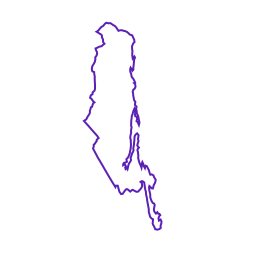 the district of Pereiro, Ceará, Brazil, rotated 157°
{"feature_id": "56859067B91951867659081", "entity_name": "Pereiro", "entity_type": "district", "adm_level": 2, "iso_a3": "BRA", "parent_name": "Brazil", "parent_adm1": "Ceará", "projection": "natural_earth1", "projection_center": [-38.498, -6.006], "detail": "fine", "context": "isolated", "style": "outline", "palette": "violet", "viewbox_px": 256, "rotation_deg": 157, "n_neighbors": 0, "source": "geoboundaries", "source_scale": "gbopen_adm2", "svg_char_len": 4083}
<svg xmlns="http://www.w3.org/2000/svg" viewBox="0 0 256 256"><g transform="rotate(157 128 128)"><path d="M162.7,78.5L161.6,79.6L160.0,78.9L160.8,72.7L160.2,69.9L158.6,69.5L156.4,70.9L154.1,72.2L152.9,72.2L151.9,71.0L151.4,69.8L150.8,68.6L149.1,69.2L147.9,69.3L145.2,66.0L143.5,65.5L142.2,66.1L140.9,66.7L139.0,67.7L137.7,69.0L136.7,72.1L137.5,73.5L136.4,73.8L135.2,73.1L134.4,71.7L134.7,70.3L135.7,66.6L136.2,64.5L136.4,62.5L137.4,59.4L138.1,55.4L138.7,53.7L139.0,52.3L140.6,45.1L141.7,42.6L141.9,40.6L142.3,37.4L141.7,35.5L140.6,34.2L142.6,30.5L142.7,29.1L142.4,26.9L142.5,24.2L140.5,22.9L138.5,22.7L136.8,23.3L136.4,25.0L135.6,26.0L134.5,27.3L133.7,28.9L133.8,31.0L135.7,30.7L135.2,33.0L133.7,34.7L132.4,35.1L132.6,36.7L133.7,37.3L133.9,39.0L135.7,38.3L136.2,39.8L136.4,41.2L136.0,43.0L134.7,44.9L133.5,46.8L133.5,48.3L134.5,49.3L134.8,51.2L134.8,53.5L134.6,55.5L134.0,57.0L133.4,58.5L132.8,62.0L132.3,63.7L131.9,65.0L131.0,66.2L130.4,65.0L129.9,63.3L128.8,62.6L127.6,64.0L126.7,65.3L125.7,66.1L124.7,66.8L123.5,68.3L122.7,69.6L123.0,71.3L123.2,73.0L123.1,74.5L124.4,76.1L125.7,76.3L125.7,78.0L125.4,80.0L125.3,81.7L125.5,83.7L125.5,85.3L126.5,86.4L127.4,85.5L128.1,84.5L128.3,86.5L128.1,87.9L128.0,89.4L128.1,91.0L129.3,89.7L129.8,88.2L131.1,86.2L131.0,87.8L131.0,89.6L131.1,91.3L130.8,93.7L130.4,96.3L129.3,98.5L128.7,100.4L128.2,102.1L128.0,104.0L126.9,105.1L125.6,105.7L126.2,107.1L126.2,108.5L125.0,110.1L123.5,111.8L123.1,113.9L122.1,115.6L121.1,117.3L121.7,119.5L123.7,118.9L125.1,117.8L126.1,116.0L127.0,114.0L127.9,112.6L129.2,110.0L130.2,108.6L131.2,107.0L131.5,105.5L132.5,104.2L133.9,103.3L135.4,101.5L137.3,99.4L137.7,97.4L138.7,96.4L139.7,95.7L141.0,94.9L142.9,92.7L143.6,91.5L144.6,90.2L144.9,91.9L146.2,91.3L146.0,92.7L144.9,93.8L145.1,95.7L147.0,95.6L146.4,96.8L145.2,97.5L143.5,97.2L142.2,97.3L141.7,99.9L139.8,100.7L138.5,101.7L136.2,104.1L135.1,105.9L134.1,107.2L132.9,109.3L132.0,111.0L131.2,113.1L130.7,114.6L130.1,115.9L129.9,117.8L128.9,119.7L127.9,121.2L127.0,122.3L126.5,123.9L125.5,125.6L124.4,127.2L124.3,128.7L123.3,131.0L122.3,133.1L121.4,134.7L120.5,136.2L119.7,137.8L118.6,138.7L117.3,140.4L115.9,142.1L114.4,143.4L114.4,142.1L115.3,140.2L115.4,138.7L116.3,137.8L116.7,136.0L115.7,134.9L115.8,133.1L117.5,131.0L116.8,129.7L116.8,128.2L116.8,126.5L115.5,128.2L115.0,130.0L114.7,131.9L114.1,134.3L114.0,136.6L114.3,138.0L113.6,139.4L113.2,141.4L112.7,143.1L111.8,144.3L112.6,146.5L112.0,147.7L111.0,149.2L111.5,151.0L111.0,153.5L110.5,155.8L109.8,157.9L109.5,159.6L108.1,161.2L106.5,161.6L105.0,163.0L104.3,165.5L104.9,167.0L103.7,167.0L103.7,169.3L104.0,171.6L104.6,173.5L104.3,175.2L103.9,176.8L103.9,179.0L103.0,181.3L102.0,182.5L101.5,180.5L101.5,179.0L100.3,179.6L99.3,181.9L98.4,183.3L97.6,184.8L96.2,187.5L95.3,188.9L94.0,190.1L94.2,191.4L96.5,190.1L96.1,191.7L95.6,193.5L94.6,195.7L93.8,197.1L93.4,199.1L92.3,201.7L91.3,202.7L90.1,203.8L88.4,204.6L87.8,206.9L87.9,209.3L87.9,211.6L89.8,213.3L90.6,215.3L91.4,216.8L92.7,218.3L94.0,219.1L95.4,220.4L97.1,221.0L98.8,221.2L99.1,222.6L99.4,224.4L99.8,226.0L100.5,227.5L101.4,228.4L102.1,229.6L103.2,231.4L105.1,232.0L106.7,233.3L108.4,233.0L109.7,232.3L111.3,231.6L113.1,231.4L114.6,230.7L116.2,229.9L117.8,229.1L119.3,228.9L116.0,224.2L116.0,222.8L116.6,221.6L116.4,219.2L117.3,217.0L116.8,214.7L118.9,214.2L120.3,213.6L122.7,214.1L124.1,213.9L126.8,213.9L127.0,212.3L126.9,210.3L127.4,208.4L128.7,206.9L130.5,205.9L131.2,204.0L132.8,201.7L136.4,199.0L137.5,197.9L138.4,196.0L138.7,194.1L137.3,192.7L137.9,191.1L138.3,189.3L138.7,187.7L139.4,186.7L139.7,185.3L140.3,184.1L141.2,181.4L143.0,177.0L144.3,175.4L146.7,174.6L147.4,173.0L149.5,172.6L151.1,170.6L150.2,169.0L149.8,166.9L148.9,164.7L150.2,164.5L151.7,163.0L152.7,161.6L154.1,161.5L155.2,160.0L156.4,158.7L157.0,157.1L157.9,156.1L159.4,155.1L160.9,154.1L163.0,152.3L165.8,151.7L163.4,144.8L161.8,139.8L159.4,132.7L159.0,130.2L160.3,129.8L161.5,129.3L162.1,128.0L163.2,127.6L164.3,126.6L166.1,126.0L166.6,124.6L168.2,122.8L167.4,113.2L166.2,104.4L165.5,98.5L164.1,87.8L162.7,78.5Z" fill="none" stroke="#5b21b6" stroke-width="2"/></g></svg>